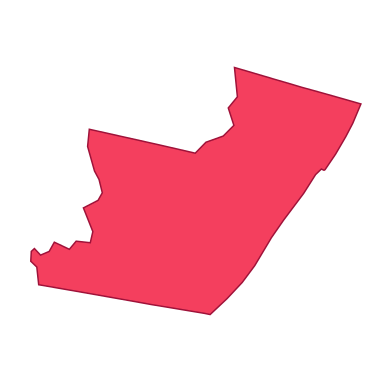 Worcester, Maryland, United States of America, rotated 16°
{"feature_id": "52423323B30792684212291", "entity_name": "Worcester", "entity_type": "district", "adm_level": 2, "iso_a3": "USA", "parent_name": "United States of America", "parent_adm1": "Maryland", "projection": "orthographic", "projection_center": [-75.327, 38.223], "detail": "fine", "context": "isolated", "style": "filled", "palette": "rose", "viewbox_px": 384, "rotation_deg": 16, "n_neighbors": 0, "source": "geoboundaries", "source_scale": "gbopen_adm2", "svg_char_len": 916}
<svg xmlns="http://www.w3.org/2000/svg" viewBox="0 0 384 384"><g transform="rotate(16 192 192)"><path d="M70.2,323.4L97.9,320.4L149.8,314.9L181.9,311.6L183.1,311.5L224.7,306.7L235.0,305.5L237.8,305.2L243.2,304.8L255.1,284.8L265.2,265.1L272.6,245.5L280.5,215.7L280.8,214.4L287.9,193.5L299.7,162.6L306.0,141.2L310.0,134.3L310.8,134.4L312.9,134.7L313.8,133.8L313.8,133.7L319.6,116.0L324.6,96.3L327.6,81.7L330.1,60.8L328.5,60.8L328.0,60.8L323.0,60.8L322.3,60.8L320.6,60.8L311.8,60.8L288.2,60.9L268.6,61.1L259.8,61.0L238.3,60.9L234.9,60.8L229.2,60.8L198.5,60.6L209.4,88.0L203.7,101.2L213.9,116.4L206.6,129.6L191.7,140.3L184.4,153.8L146.5,155.8L76.0,160.0L79.1,177.0L92.5,198.7L99.2,205.6L106.0,217.5L104.0,225.9L92.0,237.2L107.6,257.4L108.2,268.8L94.2,271.2L89.9,280.9L73.5,278.2L71.1,288.5L63.8,294.4L56.1,289.8L53.9,293.4L56.1,303.0L63.5,306.9L70.2,323.4Z" fill="#f43f5e" stroke="#9f1239" stroke-width="1.5"/></g></svg>